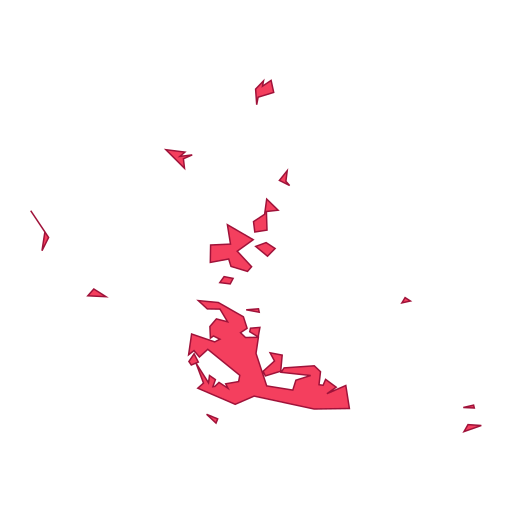 outline of Dahlak, Semenawi Keyih Bahri, Eritrea
{"feature_id": "51966322B75113483561318", "entity_name": "Dahlak", "entity_type": "district", "adm_level": 2, "iso_a3": "ERI", "parent_name": "Eritrea", "parent_adm1": "Semenawi Keyih Bahri", "projection": "mercator", "projection_center": [40.14, 15.965], "detail": "medium", "context": "isolated", "style": "filled", "palette": "rose", "viewbox_px": 512, "rotation_deg": 0, "n_neighbors": 0, "source": "geoboundaries", "source_scale": "gbopen_adm2", "svg_char_len": 1923}
<svg xmlns="http://www.w3.org/2000/svg" viewBox="0 0 512 512"><path d="M207.8,349.3L239.8,375.3L238.6,381.6L225.7,383.8L228.0,388.3L219.0,382.4L214.9,386.4L212.9,386.7L215.4,379.6L209.5,375.5L208.5,382.8L196.0,363.1L203.5,383.1L197.8,388.2L235.2,404.3L254.1,396.1L314.1,409.0L349.4,408.5L345.8,385.5L326.9,393.7L336.2,387.2L325.6,379.4L323.1,385.3L319.0,384.7L320.5,371.7L314.3,365.8L284.1,367.9L281.1,372.3L310.7,375.5L295.9,380.2L292.8,390.1L266.7,385.9L256.0,353.4L258.4,337.3L245.5,337.5L240.5,332.7L247.1,328.3L243.4,316.8L218.3,302.5L198.3,300.6L207.3,308.9L220.0,309.1L227.6,321.8L216.4,318.9L209.9,326.5L210.4,338.1L213.5,336.0L219.9,339.2L214.7,341.9L191.6,334.0L188.6,354.8L194.0,350.6L199.4,357.0L207.8,349.3ZM253.2,239.7L227.4,224.7L230.5,244.1L210.6,245.0L210.3,262.4L228.7,259.0L231.0,266.4L247.5,271.4L251.6,266.7L237.2,251.2L253.2,239.7ZM278.1,210.2L266.7,199.1L264.6,214.3L253.5,221.6L254.8,232.0L267.0,230.1L266.4,211.5L278.1,210.2ZM282.2,355.1L270.1,352.8L274.5,361.0L263.1,371.3L265.4,375.9L280.7,371.2L282.2,355.1ZM263.5,80.9L255.6,89.1L256.7,104.7L258.1,97.2L273.7,92.4L271.1,80.4L262.5,86.2L263.5,80.9ZM184.9,152.1L165.9,149.7L184.5,168.3L183.4,158.8L192.2,154.9L179.9,156.4L184.9,152.1ZM48.6,237.5L30.7,210.7L44.9,231.9L42.0,250.7L48.6,237.5ZM266.1,242.6L255.7,246.4L267.5,256.2L275.1,248.5L266.1,242.6ZM106.0,296.7L93.8,289.0L87.8,295.8L106.0,296.7ZM481.3,425.5L468.0,424.6L464.0,431.6L481.3,425.5ZM287.2,170.7L279.4,180.4L289.6,185.5L285.9,181.3L287.2,170.7ZM259.9,327.4L250.5,328.2L249.7,331.7L258.2,336.9L259.9,327.4ZM233.1,278.4L224.1,276.6L219.8,282.6L230.2,283.9L233.1,278.4ZM258.5,308.8L246.2,309.8L259.2,312.2L258.5,308.8ZM401.9,302.9L410.4,301.0L405.1,297.6L401.9,302.9ZM217.7,418.9L206.6,414.3L216.0,423.1L217.7,418.9ZM194.1,353.8L188.9,361.5L191.3,365.0L198.3,362.1L194.1,353.8ZM473.6,405.1L463.3,407.5L474.3,408.0L473.6,405.1Z" fill="#f43f5e" stroke="#9f1239" stroke-width="1.5"/></svg>